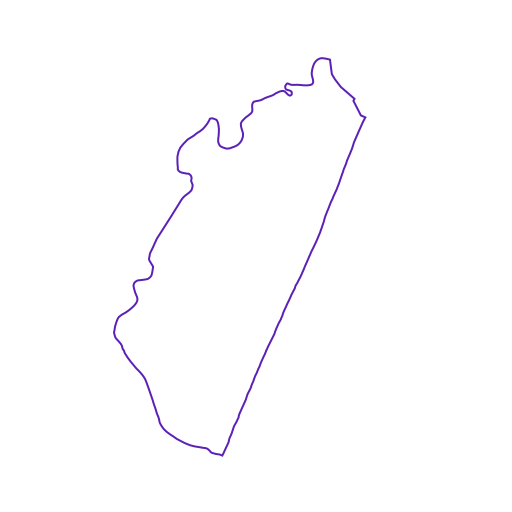 the district of Mai Kaen, Pattani, Thailand, rotated 52°
{"feature_id": "78962969B69481933598717", "entity_name": "Mai Kaen", "entity_type": "district", "adm_level": 2, "iso_a3": "THA", "parent_name": "Thailand", "parent_adm1": "Pattani", "projection": "natural_earth1", "projection_center": [101.66, 6.621], "detail": "fine", "context": "isolated", "style": "outline", "palette": "violet", "viewbox_px": 512, "rotation_deg": 52, "n_neighbors": 0, "source": "geoboundaries", "source_scale": "gbopen_adm2", "svg_char_len": 6102}
<svg xmlns="http://www.w3.org/2000/svg" viewBox="0 0 512 512"><g transform="rotate(52 256 256)"><path d="M347.1,432.3L351.5,431.0L355.2,429.3L359.2,427.5L364.6,424.4L368.6,421.3L371.0,419.0L373.8,416.5L376.4,414.0L377.5,413.2L379.0,412.7L381.0,412.4L382.7,412.4L384.2,411.8L387.4,409.4L389.9,407.0L391.2,406.1L392.5,405.4L392.3,405.0L391.7,403.6L388.3,397.1L387.4,395.2L385.8,392.2L383.9,389.9L382.9,388.5L382.3,387.1L380.8,384.4L378.7,381.3L376.6,378.1L375.6,375.7L374.8,373.7L373.6,371.4L372.6,369.3L371.3,367.9L370.1,366.1L362.9,352.4L361.4,350.3L359.6,347.6L357.8,343.6L356.2,340.4L355.6,339.9L354.0,337.1L353.1,335.3L351.8,333.4L350.4,331.1L349.7,329.9L349.0,328.2L348.1,326.6L346.2,323.4L345.5,321.7L343.7,318.8L343.0,317.7L339.8,311.6L339.2,310.2L338.4,308.8L337.4,307.0L336.8,306.3L336.2,304.7L335.0,302.7L330.8,293.8L329.9,291.9L329.4,290.9L328.4,288.9L327.7,288.1L325.6,284.5L323.0,279.6L322.6,278.7L321.2,275.4L320.4,274.2L319.2,271.9L317.5,269.5L316.5,267.7L314.9,264.5L313.6,262.1L311.8,258.5L310.8,256.4L308.2,251.6L305.3,245.2L304.8,244.6L304.2,243.8L303.4,242.2L302.6,239.9L301.9,238.5L299.7,233.7L298.7,231.8L296.7,228.0L295.8,226.4L294.5,224.2L290.0,215.8L289.3,214.7L288.4,212.8L287.4,211.1L286.4,209.2L284.7,205.6L281.6,199.4L276.9,191.0L275.7,189.2L274.6,187.4L272.6,184.4L270.3,180.9L268.8,179.0L267.2,176.7L264.5,172.1L263.3,169.9L259.6,163.8L258.2,160.8L256.5,158.0L256.1,157.1L254.9,154.8L253.0,151.1L252.1,149.7L249.7,145.6L248.4,143.7L245.0,138.5L243.0,135.3L241.7,133.5L238.9,128.5L238.0,127.1L237.1,126.0L233.2,118.9L232.1,117.0L230.8,114.7L229.2,112.3L226.9,109.0L226.1,107.6L221.7,99.5L216.2,89.2L214.3,84.9L214.1,84.5L209.8,86.8L202.1,85.3L193.7,83.7L192.8,81.6L189.8,82.2L182.1,83.7L175.0,85.1L165.3,85.0L159.5,84.3L153.0,80.5L146.8,76.8L144.4,78.7L142.6,80.3L141.0,81.9L140.7,82.3L140.3,82.8L140.1,83.2L139.7,84.1L139.5,84.9L139.4,85.3L139.3,86.0L139.2,86.4L139.2,87.6L139.3,88.5L139.5,89.7L139.6,90.1L140.1,91.4L140.4,92.1L140.8,92.8L141.6,94.1L142.6,95.5L143.5,96.7L144.8,98.1L145.7,99.0L146.1,99.4L147.0,100.1L147.4,100.4L148.4,100.9L152.2,102.6L153.4,103.3L153.9,103.7L154.4,104.2L154.6,104.4L154.9,105.1L155.0,105.4L155.1,106.1L155.1,106.4L155.0,106.8L154.9,107.3L154.6,108.0L154.3,108.6L153.9,109.3L152.9,110.8L152.1,111.8L151.0,113.2L148.3,116.0L147.5,117.0L146.7,117.8L145.1,120.0L143.5,122.0L143.1,122.5L142.7,122.9L141.6,123.6L139.9,124.6L139.5,124.9L139.3,125.3L139.2,125.6L139.3,125.9L139.4,126.4L139.7,127.5L139.9,127.9L140.1,128.3L140.5,128.7L141.2,129.2L141.9,129.5L142.5,129.7L142.8,129.7L143.1,129.7L143.3,129.7L144.0,129.3L144.9,128.7L146.2,127.7L146.9,127.3L147.5,127.1L147.8,127.0L148.3,126.9L148.6,127.0L148.9,127.0L149.3,127.3L149.9,127.7L150.3,128.1L150.6,128.4L150.7,128.8L150.8,129.0L150.8,129.3L150.8,129.7L150.8,129.8L150.7,130.1L150.4,130.6L150.1,130.8L149.6,131.1L149.1,131.3L148.2,131.5L146.3,131.7L144.9,131.9L144.3,132.0L143.6,132.3L143.0,132.7L142.5,133.1L142.2,133.5L141.7,134.4L141.1,135.8L140.6,137.4L140.5,138.0L140.2,139.4L140.0,140.1L139.9,141.3L139.8,143.0L139.6,143.8L139.2,145.3L138.8,146.5L138.1,148.4L137.4,150.7L137.1,151.6L136.7,153.7L136.5,155.0L136.4,155.5L136.1,156.2L135.7,157.4L134.8,159.2L133.9,160.8L133.4,162.1L133.2,162.4L133.2,162.7L133.1,163.1L133.2,163.4L133.2,163.7L133.5,164.3L133.8,164.9L134.0,165.2L134.2,165.6L134.6,166.0L135.8,167.0L136.6,167.5L137.6,168.2L138.5,168.8L139.1,169.4L139.5,169.7L139.7,169.9L139.9,170.2L140.1,170.8L140.3,171.2L140.4,171.5L140.5,172.8L140.6,175.6L140.5,178.2L140.5,178.7L140.6,179.9L140.8,181.6L141.2,184.1L141.3,184.4L141.5,184.8L141.8,185.5L142.1,185.9L142.4,186.4L143.0,186.9L144.0,187.6L145.1,188.2L146.4,188.8L150.3,190.3L150.9,190.5L151.6,191.0L152.1,191.3L153.0,192.0L153.5,192.5L154.2,193.3L154.7,194.0L155.3,195.0L155.7,195.6L156.3,196.9L156.5,197.5L156.9,199.0L157.1,200.3L157.2,201.7L157.1,202.8L156.9,204.1L156.7,205.1L155.6,208.5L154.9,210.5L154.6,211.1L153.9,212.2L153.5,212.8L152.8,213.5L152.4,213.7L151.6,214.3L150.5,215.0L149.7,215.5L148.7,216.0L148.1,216.2L147.5,216.4L147.1,216.5L146.5,216.5L145.7,216.4L145.0,216.3L144.0,216.0L143.0,215.6L142.2,215.1L141.5,214.6L140.5,213.7L138.4,211.6L136.1,209.5L135.0,208.6L132.9,206.9L132.4,206.6L130.7,205.6L128.6,204.4L126.8,203.7L126.2,203.6L125.6,203.4L125.0,203.3L124.4,203.4L124.2,203.4L123.9,203.6L122.6,204.3L121.2,205.2L120.6,205.8L120.2,206.2L119.9,206.7L119.5,207.9L120.4,209.5L121.8,213.1L122.8,217.3L123.2,219.9L123.2,223.4L122.8,227.2L122.9,231.0L122.1,238.1L123.0,244.5L124.0,248.8L125.9,252.6L128.2,255.4L129.6,257.0L133.1,259.7L135.3,261.3L138.0,263.0L139.6,264.3L141.0,264.5L143.0,264.1L144.7,263.1L147.1,261.0L148.6,259.7L149.5,258.6L150.5,258.1L151.8,257.9L152.9,257.9L153.8,258.2L155.0,258.8L156.8,260.8L158.7,261.5L160.9,262.1L162.8,263.9L164.5,266.5L164.9,269.9L164.8,274.1L165.0,277.0L165.7,279.9L172.5,298.4L179.8,319.1L181.2,323.2L183.5,327.7L185.5,331.4L187.8,336.1L188.8,338.1L190.2,339.6L192.5,342.2L194.0,342.8L200.9,343.6L201.1,343.7L201.2,343.8L204.8,347.6L206.4,349.6L207.0,350.4L207.1,350.7L207.3,351.5L207.5,352.4L207.6,353.7L207.6,354.2L207.5,354.9L207.4,355.4L207.3,355.8L206.4,357.6L205.0,360.1L202.7,363.8L202.5,364.2L202.4,364.5L202.3,364.8L202.1,366.2L202.1,367.1L202.2,367.9L202.2,368.2L202.7,369.3L202.9,369.5L203.6,370.4L203.8,370.6L204.0,370.8L206.0,371.9L206.9,372.3L210.4,373.7L212.9,374.4L214.8,374.9L215.7,375.3L216.3,375.6L217.1,376.1L217.3,376.3L217.6,376.6L218.2,377.2L218.4,377.5L218.6,377.9L219.0,378.7L219.4,379.7L219.7,380.9L220.0,382.1L220.1,382.7L220.3,384.5L220.5,388.1L220.5,390.0L220.3,393.7L219.7,397.4L219.6,399.7L219.6,401.3L219.7,401.8L220.1,403.1L220.5,403.9L221.2,405.2L222.2,406.8L224.8,410.5L227.0,412.8L229.0,415.1L232.3,416.5L233.9,417.0L235.5,417.0L238.2,416.8L241.8,416.6L244.0,416.9L247.3,418.3L249.2,418.3L251.8,419.2L257.2,419.7L262.3,419.8L271.2,419.5L274.2,419.1L278.2,418.8L281.1,418.8L284.5,419.1L287.8,420.0L293.9,422.0L305.5,426.0L309.3,427.5L315.2,429.5L318.9,431.0L323.2,432.2L325.3,433.1L327.9,434.4L330.4,434.9L333.6,435.2L335.9,435.2L339.8,434.6L344.6,433.2L347.1,432.3Z" fill="none" stroke="#5b21b6" stroke-width="2"/></g></svg>